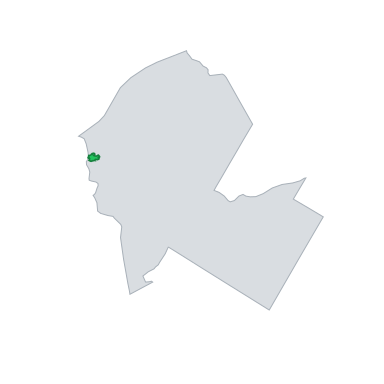 Comapa, Jutiapa, Guatemala shown in context, rotated 120°
{"feature_id": "79465075B15373267205562", "entity_name": "Comapa", "entity_type": "district", "adm_level": 2, "iso_a3": "GTM", "parent_name": "Guatemala", "parent_adm1": "Jutiapa", "projection": "albers", "projection_center": [-89.917, 14.12], "detail": "fine", "context": "in_parent", "style": "filled", "palette": "green", "viewbox_px": 384, "rotation_deg": 120, "n_neighbors": 0, "source": "geoboundaries", "source_scale": "gbopen_adm2", "svg_char_len": 3492}
<svg xmlns="http://www.w3.org/2000/svg" viewBox="0 0 384 384"><g transform="rotate(120 192 192)"><path d="M72.4,267.4L74.0,265.8L75.3,262.2L77.0,258.4L76.1,254.1L75.5,250.6L77.4,245.4L77.2,241.6L78.1,239.2L80.9,237.7L82.3,234.8L74.7,224.6L74.7,222.3L75.8,219.5L82.1,208.8L89.7,196.0L98.0,181.9L103.0,173.4L121.0,173.6L132.8,173.6L148.0,173.7L164.4,173.7L175.1,173.8L179.6,173.7L178.8,168.1L179.4,162.0L181.4,156.5L181.4,154.0L178.2,151.0L172.0,149.3L168.6,146.6L168.6,143.2L167.1,139.2L164.1,134.4L157.8,129.5L148.4,124.5L140.4,117.7L133.8,109.3L128.2,103.9L123.9,101.6L122.9,100.4L135.5,100.6L147.5,100.7L147.6,88.7L147.7,78.0L147.9,65.9L169.5,66.0L195.4,66.1L222.2,66.1L243.3,66.1L255.6,66.1L255.1,81.1L254.5,98.4L254.1,111.2L253.5,128.2L252.9,145.6L252.0,169.3L251.5,184.7L251.8,185.0L258.9,184.3L269.4,184.9L271.9,184.8L275.1,186.1L277.6,186.5L283.0,190.0L289.3,192.5L293.2,187.2L291.1,184.1L289.5,182.5L289.7,181.0L311.6,194.6L309.0,196.7L303.5,201.6L293.5,210.0L284.6,217.5L275.9,224.3L268.1,230.4L267.2,231.1L257.3,235.4L255.7,237.4L253.5,246.1L252.6,248.2L254.4,253.0L256.2,260.3L255.7,264.2L248.8,269.0L245.7,273.3L244.3,276.0L243.0,275.3L240.9,275.1L236.0,276.2L233.6,276.4L231.6,277.7L231.4,280.3L232.8,284.6L233.2,286.9L231.9,287.9L225.8,290.5L223.4,293.0L221.1,297.0L218.5,298.7L215.7,298.4L213.7,299.0L209.6,301.9L203.2,307.7L199.8,312.0L199.8,315.2L200.4,318.1L177.4,307.9L169.7,306.1L137.4,306.2L123.5,302.1L107.8,294.3L97.1,287.2L72.4,267.4Z" fill="#d9dde1" stroke="#a8b0b8" stroke-width="1"/><path d="M211.9,291.9L211.7,291.2L211.5,290.8L211.6,290.7L211.4,290.5L211.3,290.4L211.2,290.3L211.2,290.1L210.8,289.9L210.9,289.7L210.5,289.6L210.4,289.5L210.3,289.2L210.2,289.1L209.9,289.1L209.7,289.1L209.6,289.3L209.4,289.4L209.3,289.5L209.2,289.7L209.1,289.9L209.2,290.0L209.1,290.4L209.0,290.6L208.9,290.6L208.7,290.5L208.7,290.3L208.5,290.2L208.4,290.0L208.4,289.9L208.4,289.6L208.2,289.5L207.8,289.5L207.7,290.0L207.3,290.1L207.2,290.3L207.2,290.5L207.1,290.8L207.0,291.0L206.9,291.2L206.9,291.3L206.8,291.5L207.0,291.8L207.3,291.9L207.4,292.0L207.7,292.2L208.1,292.3L208.3,292.5L208.5,292.5L208.7,292.8L208.9,292.9L209.0,293.2L209.1,293.4L209.2,293.6L209.3,293.9L209.4,294.2L209.4,294.4L209.4,294.5L209.5,294.8L209.6,295.1L209.6,295.3L209.4,295.4L209.2,295.4L208.9,295.1L208.9,294.8L208.8,294.7L208.6,294.7L208.5,294.8L208.3,294.8L208.1,294.9L207.9,295.1L207.8,295.5L207.7,295.7L207.4,295.7L207.4,295.8L207.5,296.0L207.5,296.3L207.7,296.6L207.7,296.8L207.8,296.9L207.8,297.0L208.0,297.2L208.3,297.3L208.6,297.3L208.7,297.7L208.9,297.7L209.1,297.7L209.2,297.8L209.3,297.7L209.3,297.8L209.5,297.8L209.6,298.0L209.8,298.1L210.0,298.1L210.4,298.1L210.8,298.3L211.0,298.4L211.1,298.5L211.4,298.9L211.6,299.0L211.8,299.3L211.9,299.5L211.7,299.5L211.8,299.7L212.0,299.7L212.2,299.4L212.3,299.4L212.5,299.3L212.5,299.2L212.8,299.2L213.0,299.2L213.4,299.2L213.5,299.2L213.8,299.2L213.8,299.3L214.0,299.3L214.4,299.2L214.5,299.1L214.5,298.9L214.4,298.8L214.5,298.7L214.6,298.4L214.2,298.0L214.0,297.9L214.3,297.6L214.2,297.5L214.3,297.3L214.3,297.2L214.6,297.1L215.0,297.1L215.5,297.0L216.2,297.0L216.1,295.3L216.0,294.9L215.9,294.9L215.7,295.1L215.6,294.9L215.6,294.7L215.5,294.3L215.3,294.2L215.2,294.1L215.1,293.9L214.9,293.7L214.7,293.7L214.3,293.5L214.3,293.4L214.2,293.4L214.1,293.2L214.0,292.9L214.0,292.7L213.6,292.3L213.4,292.2L213.3,291.9L213.2,292.1L212.9,292.0L212.7,292.1L212.4,292.0L212.2,292.1L211.9,291.9Z" fill="#22c55e" stroke="#15803d" stroke-width="1.5"/></g></svg>